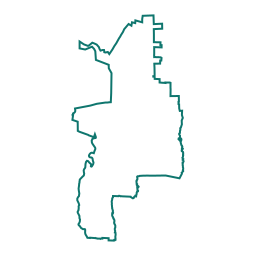 outline of Kota Binjai, Sumatera Utara, Indonesia
{"feature_id": "22746128B66679629138785", "entity_name": "Kota Binjai", "entity_type": "district", "adm_level": 2, "iso_a3": "IDN", "parent_name": "Indonesia", "parent_adm1": "Sumatera Utara", "projection": "equal_earth", "projection_center": [98.479, 3.6], "detail": "fine", "context": "isolated", "style": "outline", "palette": "teal", "viewbox_px": 256, "rotation_deg": 0, "n_neighbors": 0, "source": "geoboundaries", "source_scale": "gbopen_adm2", "svg_char_len": 5661}
<svg xmlns="http://www.w3.org/2000/svg" viewBox="0 0 256 256"><path d="M142.7,15.8L142.2,19.1L142.2,22.3L135.4,20.4L135.2,23.1L132.0,22.3L131.4,25.7L128.6,24.0L124.2,29.2L123.0,31.9L120.9,35.2L120.2,36.6L119.1,38.2L116.2,43.4L114.4,46.0L112.4,49.5L109.3,54.1L107.8,52.0L105.4,52.5L104.3,52.2L104.2,51.0L104.0,50.0L102.6,50.0L100.5,50.6L99.5,48.9L98.9,47.1L96.7,44.6L94.6,43.6L92.3,42.7L89.3,45.2L88.0,45.9L83.9,44.4L79.6,41.5L79.6,48.4L85.2,49.5L92.0,46.7L94.0,48.8L95.3,51.2L95.9,59.9L108.7,64.8L108.8,68.3L111.5,73.1L111.2,93.1L110.8,102.2L109.1,102.3L107.6,102.5L105.7,102.5L96.8,103.8L90.3,105.6L75.0,108.5L75.3,110.9L75.0,111.9L74.2,112.8L73.7,113.1L73.4,113.1L73.2,113.3L73.0,113.6L73.0,113.8L72.7,114.9L73.0,115.0L72.9,115.2L72.6,115.2L72.7,115.7L73.0,115.9L72.4,119.9L77.7,121.7L77.8,130.9L79.3,131.7L88.2,134.9L88.7,135.3L93.7,137.1L94.4,135.8L94.9,134.3L95.9,137.2L95.6,138.0L94.6,138.1L92.5,138.8L91.7,140.6L91.9,142.6L92.5,143.8L95.1,147.6L95.3,148.3L95.3,149.1L94.4,151.3L93.8,153.2L92.4,152.8L91.7,152.7L90.8,153.0L90.0,153.7L89.5,154.4L89.0,155.4L89.1,156.5L89.5,157.0L90.2,157.4L91.4,157.5L91.9,157.7L92.0,157.8L92.5,158.5L92.9,160.8L93.3,161.9L93.5,162.7L93.1,164.3L91.8,166.4L91.3,166.6L90.9,166.3L90.9,165.9L91.1,165.4L91.1,164.6L90.9,164.0L89.3,162.6L88.9,162.1L88.2,161.2L87.0,160.8L86.1,161.8L85.7,163.2L85.5,164.1L85.3,167.3L84.9,168.2L84.1,169.2L83.7,170.4L83.9,172.4L84.2,173.5L83.8,175.5L82.5,176.7L80.1,179.2L79.7,179.9L79.7,180.8L79.5,181.4L79.5,182.2L79.4,183.0L79.2,183.4L79.0,185.8L78.6,188.5L78.8,190.5L79.3,193.5L78.9,196.2L78.0,197.2L77.3,198.6L77.3,200.3L78.6,203.0L79.1,204.5L79.2,205.2L78.8,205.8L78.6,206.5L78.7,207.4L78.7,208.3L78.5,209.5L78.6,209.9L77.9,211.3L77.6,212.0L77.9,213.0L78.6,214.3L79.4,215.9L79.5,218.3L80.0,219.5L79.8,221.6L79.4,222.7L78.5,224.1L78.5,224.7L78.9,225.4L79.5,225.7L81.1,228.0L82.9,229.1L84.8,229.1L85.1,229.5L85.2,230.2L85.1,232.8L85.5,234.4L86.9,236.7L87.4,237.8L89.1,237.9L90.0,238.0L90.1,237.7L95.1,238.1L95.3,238.0L95.6,238.2L96.8,238.3L97.2,238.6L99.8,238.6L100.2,238.8L100.3,238.6L100.7,238.6L102.5,238.6L102.6,238.3L102.4,238.1L102.4,237.9L108.6,238.2L108.6,240.4L113.9,240.6L114.0,240.1L114.8,240.1L114.8,239.7L115.5,239.7L115.5,238.2L115.3,236.9L115.5,235.6L115.6,234.8L115.6,234.1L115.5,233.1L115.5,232.7L115.4,232.5L114.9,232.4L115.0,232.0L115.1,231.9L115.2,230.9L114.9,230.2L114.8,229.3L114.8,228.6L115.0,228.0L115.2,227.8L115.3,227.4L115.3,225.6L114.8,224.3L114.4,223.9L114.3,223.4L114.2,223.2L114.3,222.9L114.1,222.2L114.4,221.5L114.4,220.9L114.4,220.1L113.9,219.4L113.8,218.8L113.5,218.3L113.3,218.3L113.1,217.4L113.0,217.1L112.6,216.7L112.2,215.6L112.1,214.8L112.2,214.4L112.2,213.8L112.2,213.5L112.7,213.6L112.9,213.5L112.8,212.9L112.8,212.6L113.0,212.5L113.1,212.3L113.0,212.1L112.9,212.1L112.8,211.7L112.9,210.6L112.7,210.2L112.6,209.8L112.5,209.4L112.3,208.7L112.1,208.2L112.2,207.7L112.0,206.9L112.0,206.2L112.0,205.7L111.8,204.8L111.9,203.4L111.8,202.6L111.7,201.3L112.2,199.5L112.2,198.6L112.3,198.2L112.5,197.9L112.9,197.5L113.0,196.0L118.5,196.2L118.9,195.8L119.9,195.9L120.4,196.3L121.3,196.2L121.8,196.3L130.6,196.7L130.7,197.0L132.8,198.3L133.6,198.1L134.0,197.2L134.3,196.8L134.7,196.8L135.3,195.7L135.7,195.8L135.9,195.8L136.0,195.6L136.2,195.8L136.3,195.0L136.6,194.2L136.7,192.6L137.2,191.4L137.4,191.6L137.6,191.5L137.7,191.2L138.0,191.2L138.1,190.8L138.0,190.5L137.5,189.9L137.4,189.4L137.4,189.2L137.4,188.0L137.2,187.8L137.2,187.6L137.4,187.1L138.2,187.4L138.4,187.2L138.6,186.6L138.0,186.0L137.6,185.6L137.1,185.6L137.1,184.7L136.9,184.8L136.7,184.7L136.7,184.2L136.6,183.5L136.4,181.0L136.8,180.7L136.8,180.1L137.0,179.7L137.3,179.5L137.4,179.1L137.4,178.3L137.2,177.4L137.1,176.8L137.3,176.5L137.9,176.2L138.3,176.3L139.1,176.2L139.5,175.9L142.7,175.7L147.3,175.6L151.5,175.7L165.6,175.5L179.5,178.3L181.9,173.7L181.9,173.2L181.7,172.7L183.2,171.2L183.2,170.9L182.9,170.5L183.0,170.4L182.9,170.0L183.0,169.5L183.2,169.1L183.2,168.6L183.1,167.7L183.0,167.4L182.9,167.3L182.9,165.7L182.6,165.1L182.8,163.8L182.6,163.6L182.6,162.7L182.8,162.7L183.1,162.4L183.3,162.0L183.4,161.6L183.5,161.5L183.6,161.2L183.4,160.9L183.2,160.3L182.6,159.9L182.7,159.5L183.0,159.5L183.3,159.0L182.7,158.4L182.4,157.8L182.5,157.6L183.0,156.8L183.0,155.3L183.2,155.2L183.2,154.7L183.0,154.1L183.1,153.5L183.2,153.4L183.2,152.9L182.9,151.8L181.8,151.2L181.7,150.9L181.7,150.4L181.8,150.0L182.1,150.0L182.2,149.6L182.5,149.3L182.8,148.7L182.7,148.6L182.2,148.7L181.9,148.6L181.9,148.4L182.3,148.2L182.3,147.7L182.1,147.3L182.1,147.0L182.3,146.5L181.9,145.6L181.6,145.5L181.2,144.6L181.1,143.8L180.7,142.8L180.8,141.5L181.1,140.7L181.3,140.2L181.4,139.2L181.1,138.6L180.8,138.6L180.6,139.3L180.3,139.6L180.0,139.7L180.0,140.1L179.8,140.3L179.6,139.9L179.2,139.9L178.9,139.5L178.5,139.1L178.7,138.4L179.7,138.3L179.6,137.8L180.0,137.2L180.0,135.6L179.3,134.7L179.1,133.9L179.4,133.4L179.9,133.0L180.0,130.7L180.4,129.9L180.2,128.8L180.4,127.9L180.8,127.7L181.9,124.3L181.8,122.9L181.7,120.5L182.8,117.9L181.9,115.0L182.1,110.7L179.8,110.9L179.2,108.4L179.1,104.3L178.5,104.1L178.5,101.8L178.9,101.7L178.8,96.0L170.5,96.1L170.6,88.8L170.5,88.3L170.5,82.8L169.7,82.5L165.5,82.5L165.5,83.0L164.4,82.9L164.4,82.7L164.1,82.8L162.8,82.8L159.6,82.5L159.6,79.1L154.7,78.9L154.6,76.6L153.3,76.6L153.3,76.2L154.6,76.2L154.6,73.5L154.5,67.7L154.3,63.7L160.1,63.6L160.2,60.5L161.3,60.5L161.6,57.2L161.5,57.4L158.6,57.2L158.3,57.1L157.0,57.2L155.5,57.1L155.3,57.0L154.2,57.1L154.1,54.8L154.2,54.3L154.2,47.1L161.6,47.4L161.6,45.1L160.4,45.1L160.5,42.3L153.9,42.2L153.9,34.5L153.8,29.1L162.2,28.7L162.1,23.7L153.8,24.1L153.5,15.4L142.7,15.8Z" fill="none" stroke="#0f766e" stroke-width="2"/></svg>